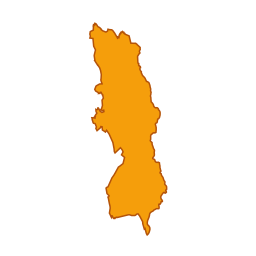 Ezeres pag., Saldus, Latvia, rotated 261°
{"feature_id": "27541924B94087058681493", "entity_name": "Ezeres pag.", "entity_type": "district", "adm_level": 2, "iso_a3": "LVA", "parent_name": "Latvia", "parent_adm1": "Saldus", "projection": "equal_earth", "projection_center": [22.341, 56.433], "detail": "fine", "context": "isolated", "style": "filled", "palette": "amber", "viewbox_px": 256, "rotation_deg": 261, "n_neighbors": 0, "source": "geoboundaries", "source_scale": "gbopen_adm2", "svg_char_len": 5797}
<svg xmlns="http://www.w3.org/2000/svg" viewBox="0 0 256 256"><g transform="rotate(261 128 128)"><path d="M19.4,130.2L20.1,131.3L21.4,132.4L23.0,133.2L24.5,133.8L25.5,133.9L26.4,133.9L28.0,133.3L29.5,132.2L30.1,132.1L31.4,132.2L32.7,132.6L33.7,133.0L36.5,134.7L38.3,135.5L39.9,136.0L40.7,136.7L41.0,137.1L41.5,138.0L42.1,139.7L42.5,140.4L42.9,140.7L43.2,141.4L43.3,142.1L43.9,143.4L43.7,144.6L43.5,145.4L43.6,145.9L43.9,146.1L44.6,146.3L45.8,146.4L47.3,146.3L47.9,146.6L48.0,146.9L47.6,147.3L47.6,147.6L48.6,148.6L50.0,149.2L50.1,149.6L49.9,149.9L49.9,150.2L50.0,150.4L50.1,150.5L50.6,150.6L51.3,150.3L51.9,150.2L52.6,149.7L53.9,149.5L54.7,149.6L55.2,149.7L55.6,150.0L56.2,150.4L56.5,150.8L57.3,151.4L58.0,152.3L58.6,152.8L58.8,153.4L58.8,153.6L58.5,154.0L58.0,154.2L57.8,154.5L58.3,155.6L58.6,155.9L59.2,155.9L60.0,155.4L60.6,155.5L61.0,155.8L61.0,156.3L61.4,156.6L63.6,156.9L64.2,156.9L65.2,156.5L66.3,155.7L66.7,155.5L67.1,155.5L68.0,155.9L69.4,156.0L70.5,155.3L73.7,154.8L76.0,153.7L77.7,153.6L77.9,153.4L78.2,152.8L78.6,152.7L79.2,152.7L80.1,153.7L80.4,153.8L81.2,153.6L83.0,153.5L83.7,153.4L84.7,153.4L85.2,153.6L85.8,153.6L87.2,153.5L88.7,153.6L89.2,152.9L89.5,152.5L89.5,151.7L89.6,150.8L89.8,150.5L90.3,150.0L91.3,149.5L92.1,149.5L92.7,149.3L93.1,148.9L93.2,148.5L93.6,148.0L93.9,147.7L94.4,147.7L95.0,148.0L95.4,148.6L96.8,149.7L97.6,149.9L100.0,150.1L101.4,150.6L101.7,150.6L102.3,150.6L103.7,150.0L105.3,149.8L107.8,149.3L108.6,149.3L109.3,149.4L109.7,149.5L110.1,149.3L111.4,148.2L112.1,148.0L112.4,148.1L113.2,148.6L115.6,149.0L116.1,149.0L117.1,149.3L117.7,149.7L117.9,149.9L118.0,150.4L118.4,150.8L119.0,151.7L119.0,151.8L119.0,152.0L119.2,152.5L119.3,153.0L119.2,153.3L118.9,153.7L119.2,154.7L119.4,155.0L120.0,155.1L120.6,155.2L121.5,155.5L124.1,155.9L127.5,155.6L127.8,155.7L128.4,156.3L128.6,157.1L128.8,157.5L129.6,157.9L131.8,158.6L132.2,159.0L132.4,159.2L132.3,159.5L132.5,159.8L133.4,160.7L135.8,161.7L137.9,162.1L139.0,162.1L140.0,161.8L141.1,161.2L141.4,160.9L142.2,161.0L143.1,160.4L143.3,160.2L143.5,159.8L143.6,159.3L143.5,158.9L143.6,158.5L144.1,157.7L144.6,157.3L145.3,156.9L147.1,156.7L147.9,156.4L149.6,155.5L150.1,155.0L150.6,155.0L151.5,155.1L152.5,155.1L154.4,155.3L155.3,155.3L156.0,155.1L157.7,155.8L159.2,156.2L159.6,156.4L161.3,156.1L162.3,156.4L163.4,156.5L164.9,156.3L166.6,156.3L168.3,156.0L169.3,155.8L169.7,155.6L170.6,154.6L171.0,154.0L171.0,153.7L171.3,153.5L174.5,152.6L175.5,152.1L177.0,151.0L178.0,150.4L179.1,150.2L180.4,149.7L180.7,149.8L181.2,150.0L181.5,150.0L182.4,149.4L184.2,148.9L184.7,149.0L185.4,149.2L185.6,149.8L186.2,149.8L186.6,149.8L186.8,149.6L186.9,149.4L187.5,149.2L187.5,148.8L187.9,148.5L188.2,148.4L188.7,148.4L189.2,148.6L190.0,148.7L190.2,148.2L190.3,148.2L191.3,148.0L196.8,148.6L197.5,148.8L197.9,149.1L198.8,150.0L199.3,150.3L200.0,151.3L200.2,151.5L200.6,151.5L201.4,151.2L201.7,151.2L202.4,151.4L203.4,152.2L203.8,152.4L204.6,152.4L205.7,152.6L207.9,150.9L208.7,150.2L209.5,149.8L210.4,148.7L210.5,148.7L210.8,146.6L211.0,145.8L211.3,144.1L218.8,143.5L220.8,140.3L221.7,139.2L221.8,139.5L222.0,139.6L222.6,138.9L223.2,138.8L223.3,138.8L223.4,138.6L223.4,138.3L223.7,138.0L223.7,137.9L223.6,137.6L223.9,137.5L223.6,137.3L223.9,137.0L223.8,136.2L222.8,135.9L222.4,135.6L222.4,135.4L222.8,135.2L222.2,134.6L221.3,134.5L221.2,134.3L221.3,134.0L221.1,133.8L220.7,133.7L219.2,133.3L218.6,133.1L218.7,132.9L219.4,132.9L219.5,132.4L219.8,131.9L219.7,131.8L219.5,131.7L218.5,132.0L218.4,131.9L218.3,131.7L219.6,131.4L220.3,131.0L223.7,129.7L226.6,128.2L227.1,127.8L227.6,127.1L228.1,125.0L228.7,123.7L226.9,122.9L226.2,121.2L227.9,118.3L229.0,117.3L229.1,117.0L229.5,116.9L229.9,117.0L230.2,116.6L230.9,116.3L231.8,115.5L232.1,115.1L232.3,114.7L233.0,114.0L234.8,113.3L235.3,112.9L235.8,112.8L236.2,112.2L236.1,111.9L236.5,111.8L236.6,111.7L236.3,111.5L235.9,111.5L236.1,111.3L235.8,111.1L235.4,111.0L235.6,110.8L235.6,110.7L235.2,110.5L235.3,110.2L234.8,110.2L234.7,110.2L234.8,109.9L234.7,109.8L234.1,109.9L233.9,109.6L233.6,109.7L230.1,109.0L229.1,105.8L226.7,105.0L224.6,105.2L222.8,104.4L221.9,107.4L214.2,106.9L210.2,108.1L205.1,106.0L204.5,105.9L199.7,105.9L199.7,105.7L194.9,107.8L195.0,108.0L194.2,108.3L191.9,109.4L189.0,109.9L185.0,110.0L181.3,109.2L179.7,108.7L178.5,108.8L175.7,109.3L175.9,106.8L174.9,104.1L174.7,103.5L174.3,102.9L171.4,101.2L169.6,101.8L167.3,104.6L166.7,104.3L166.7,104.8L166.6,105.1L166.6,105.7L167.6,106.3L167.4,107.1L166.8,107.2L165.8,107.6L164.8,107.8L164.7,108.2L161.3,108.3L159.6,106.7L154.2,106.3L151.2,104.9L150.4,103.9L149.3,105.3L149.4,106.8L147.9,106.8L147.4,104.7L148.9,103.1L152.4,101.9L152.5,101.3L151.0,100.8L151.1,99.6L151.4,99.2L149.7,99.0L148.6,99.2L147.6,99.6L146.9,99.0L146.7,98.7L145.6,97.7L144.7,97.6L144.7,97.1L143.0,97.1L142.8,96.9L143.8,96.1L143.4,95.6L143.8,93.9L142.5,94.1L141.9,93.9L139.1,94.4L138.9,94.3L138.1,94.7L137.5,96.2L137.3,96.3L133.9,97.0L132.9,96.3L132.6,96.2L130.2,97.0L132.7,101.0L133.7,101.4L133.3,102.6L130.0,102.4L128.7,103.9L127.5,105.1L129.1,106.5L125.0,108.4L116.1,110.8L109.7,111.0L107.0,110.8L106.2,111.0L105.4,111.3L109.7,117.5L107.4,118.8L105.2,119.4L102.5,117.4L99.5,120.0L93.6,117.5L91.7,114.1L90.9,112.4L86.9,109.3L85.5,108.3L85.5,108.2L83.6,106.7L81.3,104.4L73.1,99.1L72.7,98.1L72.7,97.7L72.3,97.3L72.1,96.9L66.5,97.0L64.1,98.7L63.1,98.2L62.9,97.4L61.7,97.6L55.9,97.8L53.9,98.0L51.7,97.9L46.8,96.3L46.0,96.6L42.4,97.6L43.8,98.3L43.8,98.5L43.2,98.8L41.6,99.2L40.9,99.8L41.3,100.5L40.7,100.9L41.5,101.8L41.6,102.6L41.4,102.6L41.4,103.4L41.3,103.5L42.2,114.8L42.1,115.7L42.0,116.1L41.0,117.9L40.5,121.1L40.7,121.8L41.4,122.9L41.7,123.6L41.6,124.1L41.6,124.5L41.1,124.7L39.6,125.6L38.8,125.9L33.4,127.7L32.8,127.8L31.2,127.6L25.6,128.3L26.1,129.1L21.2,129.6L20.4,129.8L19.4,130.2Z" fill="#f59e0b" stroke="#b45309" stroke-width="1.5"/></g></svg>